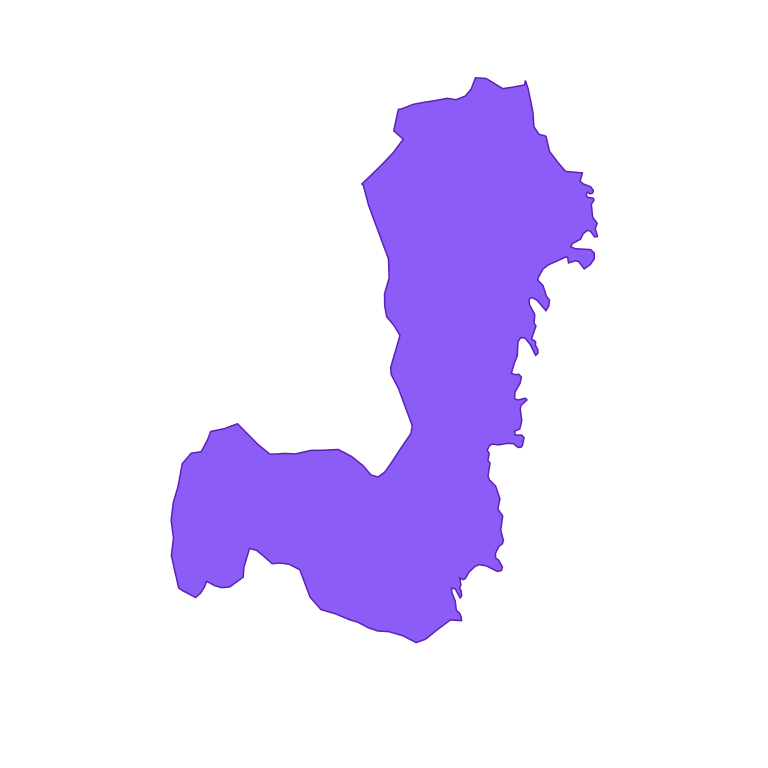 outline of Chongjin City, Hamgyŏng-bukto, North Korea, rotated 339°
{"feature_id": "82179303B21659587132529", "entity_name": "Chongjin City", "entity_type": "district", "adm_level": 2, "iso_a3": "PRK", "parent_name": "North Korea", "parent_adm1": "Hamgyŏng-bukto", "projection": "orthographic", "projection_center": [129.876, 42.022], "detail": "fine", "context": "isolated", "style": "filled", "palette": "violet", "viewbox_px": 768, "rotation_deg": 339, "n_neighbors": 0, "source": "geoboundaries", "source_scale": "gbopen_adm2", "svg_char_len": 3231}
<svg xmlns="http://www.w3.org/2000/svg" viewBox="0 0 768 768"><g transform="rotate(339 384 384)"><path d="M496.1,132.7L493.9,135.6L483.8,151.2L489.7,162.3L475.7,171.2L461.8,177.9L451.8,182.3L435.0,189.3L435.9,191.2L433.7,211.2L433.5,222.3L433.3,244.5L433.0,268.9L426.9,286.7L416.8,300.0L412.7,311.1L410.6,322.2L414.4,333.3L416.3,344.4L406.2,357.7L396.1,371.0L394.1,377.7L395.9,393.2L395.7,408.8L395.6,419.9L395.4,433.2L391.3,439.9L375.3,451.0L363.2,459.8L353.2,466.5L345.2,468.7L339.2,464.2L335.4,453.1L327.6,439.8L317.8,428.7L303.9,424.2L292.0,419.8L276.1,417.5L266.2,413.1L258.3,410.8L252.4,408.6L244.6,395.2L240.7,386.3L233.0,368.6L231.0,368.6L227.1,368.5L219.1,368.5L205.2,366.2L199.2,372.9L189.1,381.7L179.2,379.5L167.1,386.1L154.9,406.0L144.7,419.3L136.5,434.8L132.2,452.5L124.0,468.0L121.7,483.5L119.2,500.8L121.8,504.6L131.6,515.8L137.6,513.6L143.6,509.2L147.7,504.7L153.6,511.5L159.5,516.0L167.4,518.2L175.4,516.0L183.4,513.8L187.5,504.9L199.6,489.3L205.5,493.8L209.4,500.5L215.2,511.7L223.2,514.0L231.1,518.5L238.9,527.4L238.7,543.1L238.6,556.5L243.8,570.6L244.4,572.1L256.2,581.1L268.0,592.3L274.0,596.8L281.8,605.7L289.7,612.4L299.7,616.9L311.5,625.9L321.4,637.0L331.4,637.1L345.4,632.6L361.3,628.1L371.5,632.7L372.5,629.5L372.5,625.2L370.4,621.1L372.8,612.0L372.6,603.0L373.9,598.9L377.0,600.5L378.4,611.0L380.7,609.5L381.9,604.7L381.4,601.6L383.8,599.2L385.2,592.0L387.5,595.0L390.2,594.8L396.0,590.0L403.4,587.0L407.9,586.7L414.3,590.4L422.6,599.5L426.7,600.3L429.0,597.4L427.9,589.6L425.9,586.3L427.4,582.0L433.5,576.5L437.1,575.7L439.4,573.0L440.1,566.6L440.7,562.0L447.5,549.8L445.5,541.5L451.1,532.7L451.6,519.2L448.0,511.0L448.1,507.3L454.6,495.9L453.6,492.5L457.3,486.7L456.7,482.7L460.3,479.4L463.7,479.0L466.8,480.6L469.1,481.9L477.4,483.5L483.4,486.0L486.3,491.2L489.1,492.2L491.2,491.0L495.5,484.4L494.3,481.1L488.3,478.7L489.0,474.8L494.6,474.7L499.5,467.6L502.3,455.9L504.3,453.1L511.8,450.1L511.0,448.0L502.9,446.8L500.7,444.3L500.9,443.7L503.4,438.5L511.4,432.0L514.8,426.8L513.4,423.3L509.4,422.1L506.8,419.6L512.7,411.8L518.6,405.3L519.5,403.2L524.2,392.7L528.0,389.7L532.1,391.7L534.7,399.5L535.8,411.6L538.7,410.5L539.9,407.2L539.3,402.1L540.7,398.8L537.9,394.8L540.2,392.0L546.6,384.4L545.9,381.0L549.6,373.4L548.3,361.4L549.7,357.2L551.5,356.0L554.2,357.3L557.1,361.2L561.4,373.6L565.7,370.3L568.6,365.1L567.1,360.3L567.7,349.0L565.0,342.8L565.5,340.6L569.2,337.3L573.6,333.7L579.8,331.7L599.7,330.6L600.8,331.8L599.6,337.1L607.2,337.6L609.7,339.7L611.9,347.5L612.2,348.3L619.4,346.5L625.2,342.4L627.2,337.0L625.1,332.6L611.0,326.2L607.5,322.7L609.9,320.5L619.4,319.2L623.9,315.0L628.7,313.5L631.4,315.1L633.4,322.2L636.2,322.8L636.9,314.6L640.6,310.4L639.2,305.2L638.6,302.9L642.0,290.5L646.0,287.5L646.0,285.6L640.8,282.5L640.5,280.8L641.7,278.2L643.0,278.0L644.5,280.4L647.5,280.4L648.8,278.1L647.5,273.8L641.7,268.6L639.8,264.9L644.9,258.0L629.7,250.6L625.8,239.5L621.9,226.2L624.0,210.7L618.1,206.3L616.2,197.4L620.3,184.1L622.3,173.0L624.4,159.6L624.7,151.3L622.4,155.2L610.6,153.0L600.7,150.8L588.9,135.4L579.1,130.9L571.1,139.9L563.1,144.3L553.2,144.4L545.3,139.9L533.5,137.8L523.6,135.6L511.7,133.4L497.9,133.4L496.1,132.7Z" fill="#8b5cf6" stroke="#5b21b6" stroke-width="1.5"/></g></svg>